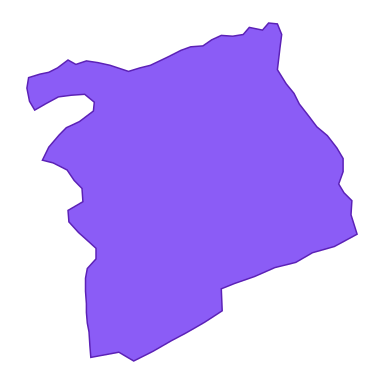 the district of Flamoudi, Cyprus
{"feature_id": "46923920B70745451588805", "entity_name": "Flamoudi", "entity_type": "district", "adm_level": 2, "iso_a3": "CYP", "parent_name": "Cyprus", "parent_adm1": "", "projection": "albers", "projection_center": [33.856, 35.393], "detail": "fine", "context": "isolated", "style": "filled", "palette": "violet", "viewbox_px": 384, "rotation_deg": 0, "n_neighbors": 0, "source": "geoboundaries", "source_scale": "gbopen_adm2", "svg_char_len": 1136}
<svg xmlns="http://www.w3.org/2000/svg" viewBox="0 0 384 384"><path d="M90.8,357.4L118.8,352.2L133.7,361.0L153.0,351.3L171.4,340.7L186.3,332.8L204.7,322.2L222.2,310.8L221.3,288.8L234.5,283.5L254.6,276.5L274.8,267.6L295.8,262.4L312.5,252.7L334.4,246.5L357.1,234.2L351.0,214.8L351.9,200.7L344.0,192.8L338.7,184.0L343.1,171.7L343.1,158.5L336.9,148.0L327.3,135.6L316.8,126.8L308.9,116.3L299.3,104.0L294.0,93.4L286.1,83.7L277.4,69.7L280.0,47.7L281.7,34.5L277.4,23.9L268.6,23.0L262.5,30.1L249.3,27.4L243.2,34.5L232.7,36.2L221.3,35.4L211.7,39.8L202.9,45.9L190.7,46.8L181.0,50.3L167.0,57.4L150.4,65.3L139.9,67.9L128.5,71.4L110.1,65.3L97.8,62.6L86.4,60.9L75.9,64.4L68.0,60.0L57.5,67.9L48.8,72.3L40.0,74.1L28.6,77.6L26.9,88.1L29.5,101.3L34.7,110.1L45.3,104.0L58.4,96.9L71.5,95.2L84.7,94.3L94.3,102.2L93.4,111.0L79.4,121.6L66.3,127.7L59.3,134.8L48.8,147.1L42.4,160.2L53.1,162.9L67.1,170.0L74.2,180.5L82.0,188.5L82.9,201.7L68.0,210.4L68.9,221.9L78.5,232.5L87.3,240.4L96.0,248.3L96.0,258.9L87.3,268.5L85.5,278.2L85.5,291.4L86.4,303.7L86.4,312.5L87.3,323.1L89.0,331.9L89.9,346.0L90.8,357.4Z" fill="#8b5cf6" stroke="#5b21b6" stroke-width="1.5"/></svg>